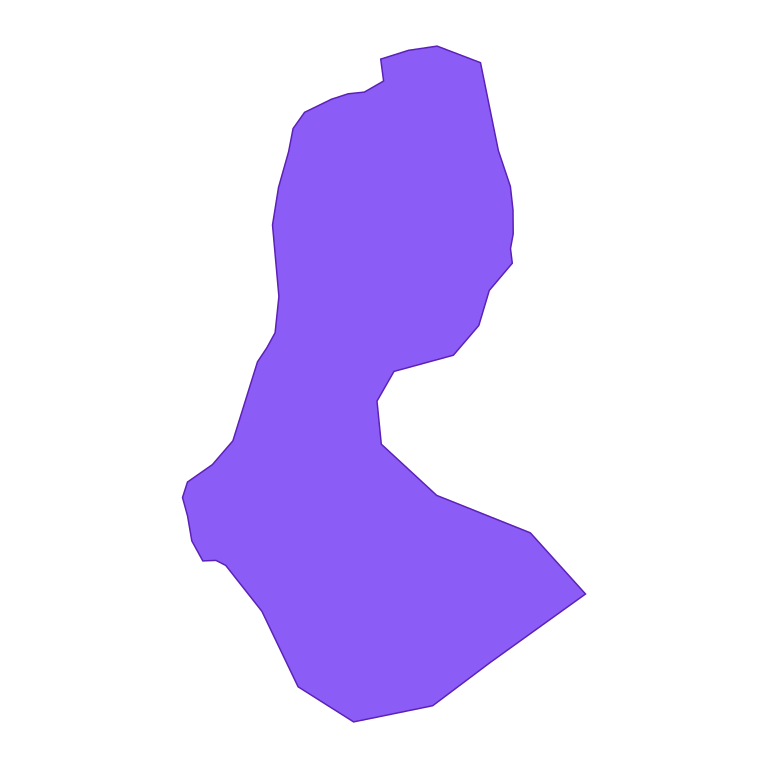 the Province of Batman
{"feature_id": "TUR-3042", "entity_name": "Batman", "entity_type": "Province", "adm_level": 1, "iso_a3": "TUR", "parent_name": "Turkey", "parent_adm1": "", "projection": "albers", "projection_center": [41.379, 38.036], "detail": "fine", "context": "isolated", "style": "filled", "palette": "violet", "viewbox_px": 768, "rotation_deg": 0, "n_neighbors": 0, "source": "natural_earth", "source_scale": "10m", "svg_char_len": 687}
<svg xmlns="http://www.w3.org/2000/svg" viewBox="0 0 768 768"><path d="M380.7,59.1L408.6,50.3L437.1,46.1L480.5,62.7L498.4,150.7L510.4,186.5L513.0,210.0L513.2,233.9L510.5,248.6L512.3,263.2L489.3,290.4L478.8,325.5L453.4,355.2L394.0,371.4L377.0,401.1L381.3,444.2L436.7,495.4L530.4,532.9L585.5,594.0L490.3,662.4L432.7,705.7L353.6,721.9L298.1,686.8L261.9,611.3L225.7,565.4L215.9,560.4L202.8,560.9L191.8,540.9L187.6,516.2L182.5,497.5L187.5,482.0L212.4,464.6L232.9,440.8L257.5,361.8L266.9,347.7L275.1,332.7L278.9,296.5L272.5,225.0L278.5,187.5L288.6,151.7L293.1,128.5L304.6,112.3L331.5,99.2L348.1,93.8L364.3,92.1L383.6,81.0L380.7,59.1Z" fill="#8b5cf6" stroke="#5b21b6" stroke-width="1.5"/></svg>